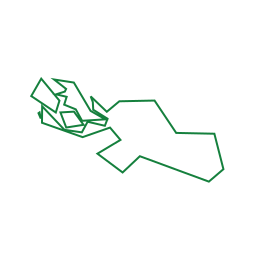 outline of Hồ Chí Minh city, rotated 144°
{"feature_id": "VNM-501", "entity_name": "Hồ Chí Minh city", "entity_type": "City", "adm_level": 1, "iso_a3": "VNM", "parent_name": "Vietnam", "parent_adm1": "", "projection": "natural_earth1", "projection_center": [106.809, 10.754], "detail": "coarse", "context": "isolated", "style": "outline", "palette": "green", "viewbox_px": 256, "rotation_deg": 144, "n_neighbors": 0, "source": "natural_earth", "source_scale": "10m", "svg_char_len": 759}
<svg xmlns="http://www.w3.org/2000/svg" viewBox="0 0 256 256"><g transform="rotate(144 128 128)"><path d="M170.1,147.3L194.5,182.8L184.7,196.0L180.5,163.9L167.9,151.6L157.0,156.8L145.4,143.4L139.1,147.5L145.4,163.2L141.2,169.7L139.6,175.5L135.6,153.6L119.3,154.7L90.4,134.6L91.9,95.7L61.5,72.6L75.0,38.6L94.1,37.1L135.0,98.2L158.5,95.2L167.8,125.2L141.1,122.8L142.3,138.9L170.1,147.3ZM166.4,197.5L157.7,194.6L155.1,196.0L159.3,210.7L145.1,196.6L148.2,163.8L141.2,148.3L160.9,160.8L159.3,173.8L165.9,184.4L159.3,189.3L166.4,197.5ZM177.3,183.0L187.5,210.7L169.2,218.9L167.4,190.4L177.3,183.0ZM173.5,180.3L162.1,173.0L162.1,156.7L177.7,164.7L173.5,180.3ZM193.0,186.9L191.7,192.6L190.4,192.6L193.0,186.9Z" fill="none" stroke="#15803d" stroke-width="2"/></g></svg>